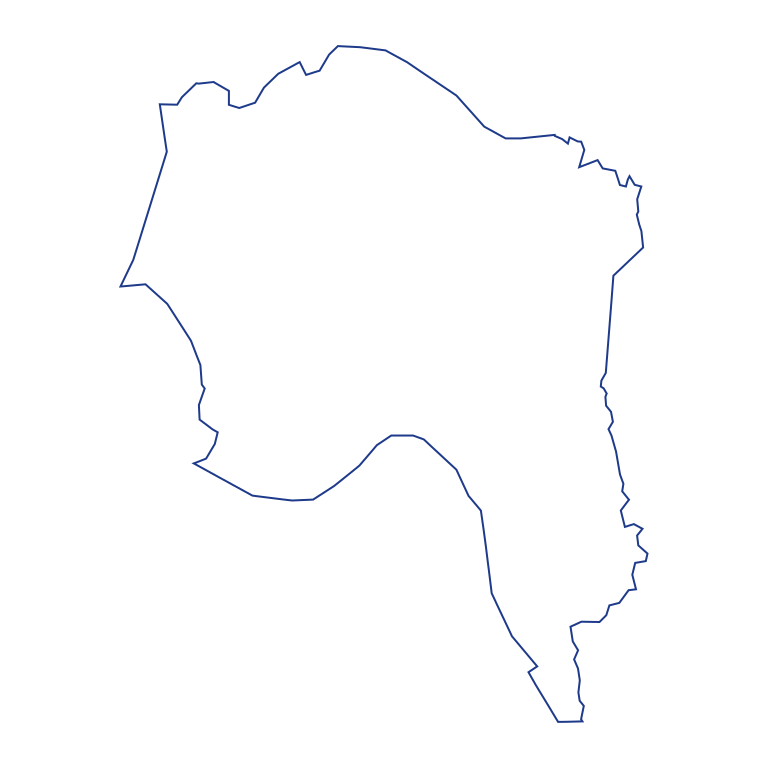 Twan River, Nimba, Liberia
{"feature_id": "62588387B61657259363442", "entity_name": "Twan River", "entity_type": "district", "adm_level": 2, "iso_a3": "LBR", "parent_name": "Liberia", "parent_adm1": "Nimba", "projection": "equal_earth", "projection_center": [-8.402, 7.088], "detail": "fine", "context": "isolated", "style": "outline", "palette": "blue", "viewbox_px": 768, "rotation_deg": 0, "n_neighbors": 0, "source": "geoboundaries", "source_scale": "gbopen_adm2", "svg_char_len": 2367}
<svg xmlns="http://www.w3.org/2000/svg" viewBox="0 0 768 768"><path d="M581.3,718.2L583.8,705.9L579.7,700.8L579.0,696.4L578.4,692.4L579.8,680.3L578.0,668.5L574.1,659.4L578.1,650.3L572.8,641.5L570.5,626.7L581.4,621.7L592.0,621.9L599.5,622.0L606.3,615.2L609.4,605.4L619.3,602.9L628.6,590.2L636.0,589.3L633.0,577.5L632.3,574.8L635.2,562.9L645.8,561.1L647.5,553.6L638.3,545.4L637.1,535.5L642.5,528.8L633.8,524.1L624.9,526.9L620.8,510.5L626.0,503.6L629.0,499.7L628.2,498.8L622.2,491.3L623.4,483.8L620.0,474.5L618.1,463.5L616.0,451.3L615.5,449.7L611.5,435.6L608.5,429.1L609.5,427.5L612.9,421.8L611.0,411.8L606.1,405.7L605.4,396.8L606.7,393.5L606.3,392.9L603.7,388.4L600.8,386.5L601.4,380.6L605.8,372.9L611.6,299.3L613.4,275.7L643.1,247.5L642.9,245.4L641.4,231.1L639.3,224.8L636.8,214.6L638.3,211.5L637.2,199.3L641.3,186.5L634.7,184.8L629.5,176.2L627.8,179.6L625.9,186.5L619.9,185.0L618.3,179.9L615.3,170.8L602.7,168.4L597.6,160.1L580.2,166.8L579.2,167.2L581.4,159.7L584.3,149.9L581.2,141.7L577.6,141.4L569.6,137.4L567.9,143.6L562.2,139.1L554.8,135.9L554.7,134.9L520.7,138.4L505.6,138.4L485.6,127.4L484.2,126.6L465.7,105.9L456.4,95.5L427.7,76.2L420.0,71.0L407.1,62.2L402.7,59.8L388.6,52.1L385.6,50.4L360.2,47.2L337.9,46.1L329.1,54.6L319.6,70.7L315.5,71.9L306.1,74.9L303.6,70.0L299.7,62.1L295.4,64.4L294.0,65.2L290.1,67.3L278.2,73.8L274.5,77.4L268.7,83.0L265.4,86.2L263.9,87.7L255.1,102.7L253.0,103.4L246.4,105.6L239.2,108.0L228.9,104.8L228.9,90.9L213.5,82.0L198.9,83.6L196.3,83.3L181.9,97.2L177.2,104.7L159.8,104.3L164.1,133.7L164.9,139.1L166.8,151.7L141.9,232.1L133.3,259.8L120.5,286.5L123.2,286.3L145.5,284.3L164.4,301.3L167.2,303.8L170.0,308.1L187.5,335.3L191.0,340.8L194.2,349.1L196.4,354.9L200.4,365.1L201.8,384.6L204.7,388.5L198.9,405.0L199.6,419.6L212.6,429.4L217.7,432.3L214.8,444.0L206.1,458.6L197.8,461.9L193.8,463.4L219.2,477.4L252.4,495.6L257.7,496.3L283.4,499.5L292.1,500.5L313.1,499.6L334.1,486.0L347.7,475.1L359.4,465.6L373.1,449.6L376.8,445.2L391.3,435.5L413.0,435.5L423.8,439.4L431.5,446.6L456.4,469.7L459.4,476.2L468.6,496.0L469.6,497.1L480.9,510.6L483.6,529.5L485.9,546.6L487.9,562.8L489.0,571.3L489.5,575.4L491.7,593.3L495.4,601.1L495.9,602.3L505.7,623.0L510.3,632.7L511.9,636.2L537.2,666.4L528.5,672.2L535.7,684.9L550.1,708.6L551.7,711.3L558.1,721.9L566.1,721.8L582.4,721.4L581.1,719.3L581.3,718.2Z" fill="none" stroke="#1e3a8a" stroke-width="2"/></svg>